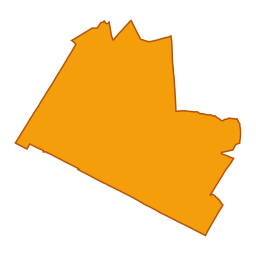 the district of Dragotesti, Dolj, Romania
{"feature_id": "2599482B56727122450816", "entity_name": "Dragotesti", "entity_type": "district", "adm_level": 2, "iso_a3": "ROU", "parent_name": "Romania", "parent_adm1": "Dolj", "projection": "equal_earth", "projection_center": [24.092, 44.259], "detail": "fine", "context": "isolated", "style": "filled", "palette": "amber", "viewbox_px": 256, "rotation_deg": 0, "n_neighbors": 0, "source": "geoboundaries", "source_scale": "gbopen_adm2", "svg_char_len": 3843}
<svg xmlns="http://www.w3.org/2000/svg" viewBox="0 0 256 256"><path d="M226.5,151.4L226.4,151.4L232.8,150.0L235.8,144.5L239.7,143.1L239.9,140.3L240.3,138.4L240.4,137.2L240.5,135.2L240.6,133.9L240.4,128.8L239.9,126.2L239.8,125.2L239.9,124.8L239.9,124.3L239.4,123.4L238.5,121.8L237.0,118.8L235.6,119.4L234.9,118.8L231.2,118.5L229.6,118.1L227.8,118.5L227.1,119.2L224.2,119.4L223.8,120.3L222.7,120.7L221.0,120.3L219.0,118.8L217.5,117.8L214.9,115.8L214.2,116.1L213.4,116.0L212.0,115.6L211.5,115.2L210.7,114.7L209.3,114.9L207.8,114.9L206.2,114.7L204.8,114.0L203.6,114.1L202.1,113.6L200.7,113.8L199.6,113.5L198.7,112.7L197.5,111.9L196.4,111.8L194.4,111.9L183.0,110.7L176.0,111.4L176.0,111.1L175.9,109.4L175.8,108.0L175.8,107.2L175.7,105.1L175.6,103.0L175.5,101.7L175.3,98.3L175.1,94.9L175.0,91.4L174.5,84.9L174.4,82.5L173.9,76.2L173.7,75.1L173.4,72.2L173.3,69.1L172.6,63.5L172.6,62.2L172.3,58.0L172.2,52.9L172.0,48.3L171.9,44.9L171.6,40.7L171.2,37.9L171.0,35.9L170.4,36.1L168.9,37.0L164.9,37.8L157.9,39.8L153.3,41.0L149.7,41.7L147.7,41.5L146.2,41.0L144.4,40.5L142.4,39.8L140.7,39.4L137.2,32.7L133.8,25.9L132.1,22.4L131.4,21.1L131.1,20.5L130.5,21.0L129.9,21.5L129.3,22.1L128.6,22.9L126.3,25.4L124.8,27.0L123.6,28.4L121.8,30.5L120.5,31.8L119.5,32.8L115.4,37.6L114.2,38.9L113.6,39.5L113.5,39.8L113.3,40.0L113.2,40.1L112.9,39.5L112.5,38.6L112.1,37.5L111.8,36.6L111.5,35.6L111.0,33.2L110.7,31.0L110.2,28.2L109.7,25.6L109.5,24.4L109.4,23.5L109.1,22.2L108.8,22.5L108.3,23.1L107.9,23.4L107.7,23.5L107.3,23.6L106.9,23.6L106.4,23.5L106.1,23.4L105.8,23.3L105.4,23.0L105.2,22.7L105.1,22.3L104.9,21.9L104.7,21.6L104.6,21.3L104.5,21.1L104.4,21.0L104.3,20.9L104.2,20.9L103.9,21.3L103.4,21.9L103.0,22.2L102.5,22.2L102.3,22.2L101.8,22.4L100.8,22.6L99.9,24.1L98.9,25.6L97.3,27.9L94.8,28.1L92.4,28.0L83.0,33.7L79.6,35.8L75.1,38.5L74.1,39.1L72.8,39.8L71.6,40.5L73.8,42.1L74.5,42.9L75.8,44.5L70.9,52.8L67.8,57.8L63.1,65.9L60.7,69.8L57.8,74.4L55.9,77.6L54.4,80.1L53.2,82.2L52.4,83.6L51.5,85.0L50.7,86.1L48.2,90.1L46.2,93.2L44.4,96.3L41.5,100.9L37.3,107.9L35.8,110.1L35.0,111.3L34.1,112.6L32.4,115.5L29.5,119.9L28.6,121.6L27.3,123.9L26.0,125.8L15.4,143.0L17.0,143.9L18.4,144.6L20.3,145.6L21.0,146.0L22.5,146.8L24.6,147.8L27.0,149.0L28.1,147.0L29.2,144.9L29.6,144.0L30.9,144.6L31.9,145.1L33.9,146.1L36.4,147.3L38.5,148.3L40.5,149.2L41.3,149.6L42.1,150.0L43.0,150.4L43.4,150.7L43.2,151.1L43.1,151.6L43.2,151.8L44.1,152.1L44.5,151.9L44.9,151.7L45.2,151.8L45.9,152.1L46.2,152.2L46.5,152.2L46.6,152.3L46.6,152.2L47.5,152.7L49.9,153.9L63.4,160.9L66.1,162.3L69.4,163.9L72.9,165.7L76.1,167.3L78.6,168.6L78.0,169.6L78.9,170.0L81.9,171.6L87.2,174.3L91.6,176.6L97.9,180.0L101.8,182.0L103.1,182.7L104.4,183.3L105.3,183.6L106.3,184.1L108.2,185.2L109.5,185.8L111.8,186.9L114.9,188.5L117.3,189.8L119.0,190.4L121.1,191.6L125.5,193.8L127.1,194.6L128.8,195.4L130.0,196.0L130.5,196.4L131.1,196.7L133.2,197.8L134.1,198.3L135.5,199.1L136.7,199.7L137.6,200.2L144.9,204.6L150.1,207.1L155.0,209.6L160.4,212.8L164.4,214.7L167.8,216.4L173.0,219.0L178.3,221.8L183.1,224.1L189.8,227.4L190.1,227.6L196.4,230.9L205.5,235.5L208.4,229.7L211.9,223.7L216.7,215.4L219.1,211.2L220.4,209.3L221.2,207.9L222.5,205.7L222.9,204.9L222.7,204.6L222.3,204.3L222.0,204.0L221.5,203.5L221.3,203.1L220.8,202.4L220.5,201.8L220.2,201.3L219.7,200.6L219.2,200.1L218.7,199.4L217.9,198.7L217.3,198.2L217.2,198.0L217.1,197.9L216.9,197.7L216.7,197.6L215.9,197.0L215.3,196.2L214.6,195.6L213.0,194.7L212.6,194.4L212.0,194.4L211.6,194.5L211.1,194.8L210.5,195.2L209.8,195.9L210.5,194.8L211.0,193.9L211.5,193.2L213.3,190.2L214.7,187.8L215.9,185.8L216.9,184.3L217.9,182.8L218.7,181.4L220.5,178.5L223.1,174.3L223.7,173.1L225.9,169.6L226.8,168.5L227.1,168.0L230.3,163.9L233.6,158.3L231.5,157.7L229.2,156.6L221.4,153.7L221.8,152.4L223.2,152.1L224.1,151.9L225.4,151.6L226.5,151.4Z" fill="#f59e0b" stroke="#b45309" stroke-width="1.5"/></svg>